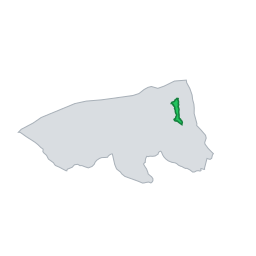 Gbarma, Gbapolu, Liberia shown in context, rotated 126°
{"feature_id": "62588387B9251982733395", "entity_name": "Gbarma", "entity_type": "district", "adm_level": 2, "iso_a3": "LBR", "parent_name": "Liberia", "parent_adm1": "Gbapolu", "projection": "natural_earth1", "projection_center": [-10.728, 7.196], "detail": "fine", "context": "in_parent", "style": "filled", "palette": "green", "viewbox_px": 256, "rotation_deg": 126, "n_neighbors": 0, "source": "geoboundaries", "source_scale": "gbopen_adm2", "svg_char_len": 3489}
<svg xmlns="http://www.w3.org/2000/svg" viewBox="0 0 256 256"><g transform="rotate(126 128 128)"><path d="M55.0,109.0L56.9,107.1L59.7,101.2L63.6,95.6L67.2,92.2L70.0,88.7L73.0,86.1L77.4,83.0L84.0,74.8L85.6,73.9L86.6,68.2L88.3,61.0L90.2,58.8L94.7,57.4L95.8,56.2L97.4,51.1L98.4,45.2L98.5,43.9L100.3,43.8L103.3,42.5L105.1,43.1L105.8,44.8L106.2,46.2L115.5,42.5L116.3,41.8L116.7,41.9L117.9,45.2L118.6,45.0L119.1,44.1L119.7,44.0L120.5,44.4L121.2,46.0L122.4,47.4L124.4,48.3L125.6,49.7L125.5,53.2L126.0,56.7L126.8,57.5L127.3,59.5L127.5,61.8L128.0,63.0L128.4,65.3L128.2,67.7L128.5,69.4L130.0,72.4L130.9,76.1L130.9,78.8L130.4,81.6L129.4,84.1L127.7,86.9L127.6,88.0L128.6,88.7L130.1,88.9L131.4,88.3L134.7,89.6L136.4,91.4L137.9,93.7L139.3,94.8L139.9,96.2L142.2,95.8L144.9,94.5L145.4,93.8L146.2,94.2L148.0,94.3L149.2,91.8L150.2,89.0L152.2,85.9L153.3,84.7L153.5,82.7L153.6,80.2L154.4,78.0L156.1,76.8L158.0,76.8L159.0,77.2L159.5,79.4L161.0,81.0L162.3,82.1L162.9,82.6L164.0,83.9L165.0,88.2L169.0,102.1L168.8,105.9L168.0,108.4L168.0,110.9L167.8,113.3L165.3,117.3L158.2,125.4L158.7,126.1L160.4,127.0L162.2,127.5L163.6,127.3L165.4,129.3L167.4,131.9L169.4,133.2L172.4,134.3L175.0,134.5L177.2,134.0L180.3,134.5L183.6,136.7L184.7,140.1L185.5,143.2L186.7,144.7L186.9,147.3L189.2,149.7L192.6,150.1L196.9,152.8L198.0,152.7L198.5,152.3L199.0,152.9L200.1,160.7L201.0,164.8L200.5,166.5L199.9,167.8L199.9,174.1L198.0,177.8L197.6,181.7L197.1,183.0L195.0,184.2L195.0,187.2L194.4,190.9L194.2,194.9L194.8,205.1L194.9,212.8L195.9,214.2L191.8,213.6L179.8,207.7L170.5,204.4L139.4,185.3L130.8,177.6L120.9,166.1L98.8,143.1L93.7,139.4L87.4,137.6L83.4,135.7L80.7,133.5L78.4,127.2L72.9,123.4L62.7,118.0L55.0,109.0Z" fill="#d9dde1" stroke="#a8b0b8" stroke-width="1"/><path d="M93.6,86.4L92.0,87.2L91.6,87.3L91.4,87.5L90.7,88.6L90.7,89.7L90.3,90.1L90.1,90.6L90.3,90.6L90.2,90.9L90.2,91.1L90.2,91.3L90.2,91.6L90.3,91.8L90.2,92.1L90.1,92.3L89.9,92.4L89.7,92.6L89.4,92.8L89.2,93.0L89.0,93.3L88.9,93.4L88.7,93.5L88.3,93.8L87.8,94.1L87.6,94.2L87.4,94.4L87.3,94.5L87.0,94.7L86.9,94.8L86.9,95.0L86.6,95.2L86.4,95.3L85.9,95.8L85.4,96.2L84.7,96.7L84.5,96.9L84.4,97.0L84.1,97.1L83.9,97.2L83.7,97.2L83.6,97.3L83.3,97.4L83.1,97.6L82.9,97.8L82.7,98.0L82.5,98.3L82.3,98.5L82.1,98.6L82.0,98.8L81.9,99.0L81.7,99.4L81.5,99.7L81.4,99.8L81.4,100.0L81.2,100.1L80.8,100.1L80.6,100.2L80.4,100.4L80.2,100.5L79.9,100.5L79.7,100.5L79.4,100.8L79.1,100.9L79.0,101.0L79.0,101.3L79.0,101.5L78.8,101.6L78.5,101.8L78.3,101.9L78.1,102.0L77.9,102.0L77.6,102.2L77.5,102.3L77.4,102.4L77.2,102.5L76.9,102.7L76.8,102.8L76.6,103.1L76.4,103.3L76.3,103.5L76.2,103.6L76.2,103.8L76.1,104.1L76.0,104.4L75.8,104.5L75.7,104.5L75.4,104.4L75.1,104.5L74.9,104.5L74.7,104.8L74.8,105.0L75.1,105.1L75.2,105.3L75.2,105.5L75.3,105.6L75.3,105.8L75.8,105.9L76.5,106.0L76.9,106.1L77.4,106.2L77.7,106.3L77.8,106.4L78.1,106.2L78.3,106.2L78.5,106.2L79.2,106.1L79.3,106.2L80.0,106.6L80.3,106.8L80.6,107.0L80.8,107.1L81.1,107.4L81.3,107.5L81.5,107.6L82.0,107.6L82.3,107.5L82.7,107.4L82.4,107.0L82.4,106.7L82.4,106.2L82.4,105.7L82.5,105.7L82.4,105.1L83.0,104.9L83.0,104.5L83.3,103.9L83.2,103.2L83.5,102.9L83.5,102.7L83.7,102.4L84.3,101.9L84.9,101.8L85.2,101.3L85.2,101.2L85.5,100.7L86.3,99.7L87.0,99.3L87.7,98.4L87.8,98.3L87.8,98.2L88.3,97.5L88.3,97.1L88.3,96.8L88.7,96.5L89.7,95.9L90.3,95.9L91.1,95.8L92.5,95.1L92.9,95.0L93.3,95.7L93.7,95.7L93.9,95.8L94.3,95.2L94.6,94.6L94.4,93.8L94.2,93.3L94.1,93.0L93.4,92.9L93.6,90.3L93.6,86.4Z" fill="#22c55e" stroke="#15803d" stroke-width="1.5"/></g></svg>